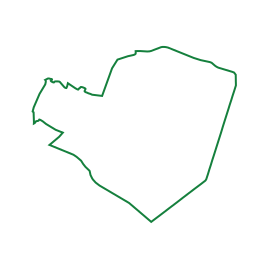 an SVG outline of Al-Muthannia, rotated 282°
{"feature_id": "IRQ-3223", "entity_name": "Al-Muthannia", "entity_type": "Province", "adm_level": 1, "iso_a3": "IRQ", "parent_name": "Iraq", "parent_adm1": "", "projection": "natural_earth1", "projection_center": [45.575, 30.396], "detail": "fine", "context": "isolated", "style": "outline", "palette": "green", "viewbox_px": 256, "rotation_deg": 282, "n_neighbors": 0, "source": "natural_earth", "source_scale": "10m", "svg_char_len": 1902}
<svg xmlns="http://www.w3.org/2000/svg" viewBox="0 0 256 256"><g transform="rotate(282 128 128)"><path d="M204.3,220.2L202.5,222.3L199.9,222.9L197.3,223.5L196.3,223.7L194.7,224.1L192.1,224.7L185.8,224.1L181.2,223.6L176.7,223.2L172.1,222.7L167.6,222.3L161.5,221.7L155.4,221.1L149.2,220.5L143.1,220.0L137.0,219.4L130.9,218.8L124.7,218.2L118.6,217.6L113.9,217.1L109.1,216.7L104.4,216.2L99.6,215.8L94.1,215.2L93.8,215.1L93.4,214.9L93.0,214.8L92.6,214.6L88.0,210.7L82.4,205.8L76.7,200.9L71.0,196.0L65.3,191.2L58.5,185.3L51.7,179.5L44.9,173.6L41.0,170.2L41.8,168.8L54.9,144.6L65.8,112.1L67.9,107.7L70.3,104.4L71.3,103.4L74.2,101.1L77.8,99.5L78.2,99.2L81.1,94.5L83.5,91.6L86.2,89.0L89.1,83.7L90.5,80.2L95.1,54.7L105.1,62.5L109.9,65.2L111.2,57.6L114.9,47.0L116.8,43.2L117.7,40.6L117.8,39.5L116.5,38.9L116.1,38.2L115.8,37.3L115.5,36.7L115.1,36.5L114.0,36.0L113.4,35.7L112.8,35.0L114.1,34.8L123.7,32.4L124.3,31.3L128.6,31.5L143.0,34.4L153.5,38.0L156.1,38.0L157.4,37.6L157.8,37.0L159.7,39.3L160.0,40.3L160.0,40.7L159.9,41.7L160.0,42.6L160.0,43.2L159.8,43.5L159.6,43.6L159.4,43.6L158.8,43.1L158.4,42.9L158.1,42.7L157.8,43.0L157.5,43.6L157.1,45.1L157.1,45.8L157.3,46.2L157.6,46.3L158.0,46.4L158.3,46.9L158.6,47.7L159.0,49.9L159.1,50.9L158.9,51.7L154.8,57.1L154.2,58.4L154.3,59.4L156.0,59.8L159.3,59.9L155.9,68.3L155.2,70.7L155.3,71.4L156.5,71.9L156.7,72.2L157.4,72.8L157.9,73.0L158.2,73.2L158.4,73.9L158.4,75.2L158.0,77.4L157.6,78.2L156.9,78.3L155.7,77.9L154.8,78.0L154.3,78.9L154.0,80.8L153.7,82.1L153.5,84.3L153.1,85.9L154.0,96.0L183.1,100.0L192.7,103.5L198.2,113.0L200.6,118.3L201.3,119.3L202.0,119.9L202.8,120.0L204.8,119.5L205.8,123.9L206.8,130.6L207.3,132.7L208.1,134.5L213.9,143.5L214.5,144.9L214.8,146.3L215.0,148.2L215.0,150.3L210.2,177.7L209.5,185.0L209.5,194.3L209.2,196.2L207.0,200.2L206.3,201.9L205.8,203.8L204.6,218.4L204.3,220.2L204.3,220.2Z" fill="none" stroke="#15803d" stroke-width="2"/></g></svg>